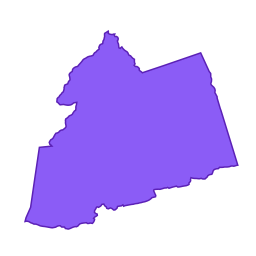 outline of Morpará, Bahia, Brazil, rotated 267°
{"feature_id": "56859067B97769813670820", "entity_name": "Morpará", "entity_type": "district", "adm_level": 2, "iso_a3": "BRA", "parent_name": "Brazil", "parent_adm1": "Bahia", "projection": "robinson", "projection_center": [-43.039, -11.751], "detail": "fine", "context": "isolated", "style": "filled", "palette": "violet", "viewbox_px": 256, "rotation_deg": 267, "n_neighbors": 0, "source": "geoboundaries", "source_scale": "gbopen_adm2", "svg_char_len": 4096}
<svg xmlns="http://www.w3.org/2000/svg" viewBox="0 0 256 256"><g transform="rotate(267 128 128)"><path d="M33.4,51.7L33.8,52.9L34.0,54.1L33.9,55.3L32.6,56.5L32.5,57.9L32.4,59.4L30.9,60.2L30.6,61.7L30.2,62.9L30.4,64.0L30.9,65.5L31.5,67.0L32.0,68.5L32.3,70.1L32.1,71.4L32.7,72.8L33.6,73.6L34.7,74.8L35.2,76.5L35.4,78.2L35.5,79.6L35.6,81.6L34.8,82.4L34.7,83.9L35.1,85.1L34.6,87.5L35.9,88.7L37.3,89.5L38.7,89.9L39.5,88.9L40.6,89.8L41.5,91.5L42.3,92.8L43.7,92.7L44.2,91.5L45.4,90.1L47.2,90.3L48.0,90.9L49.3,91.8L50.3,92.2L50.9,93.1L50.3,94.4L51.2,96.2L51.9,97.1L53.1,97.9L53.3,99.9L51.6,100.6L50.4,102.1L48.9,102.6L48.3,104.1L49.1,106.3L48.3,107.9L46.9,109.3L46.8,110.6L47.7,111.9L48.7,113.0L50.2,113.4L50.4,114.8L50.6,117.3L51.5,118.9L50.1,119.6L50.6,120.9L51.0,123.8L51.3,126.0L51.5,127.6L51.6,129.3L52.0,131.1L52.1,132.4L52.2,133.9L52.6,135.6L52.8,137.3L53.2,138.9L53.5,141.0L54.2,143.4L54.9,145.2L56.1,147.1L57.2,148.3L57.5,149.9L57.9,151.9L59.2,152.2L61.1,151.4L62.6,150.9L63.9,150.3L65.1,150.8L65.3,152.4L65.3,153.6L65.3,155.2L65.1,156.6L65.3,157.8L65.7,159.5L66.2,161.6L66.1,163.0L66.6,164.5L65.7,165.8L66.1,167.4L66.5,168.8L66.8,170.2L67.1,171.8L67.4,173.3L66.4,174.7L66.5,176.3L66.7,177.9L67.0,179.6L67.2,181.4L67.4,183.3L67.9,184.9L68.5,186.0L69.9,186.0L71.1,187.3L72.0,187.8L73.4,187.7L75.1,188.3L74.5,190.0L74.2,191.4L74.0,193.9L73.7,195.5L73.6,197.1L73.9,198.4L73.3,199.6L73.1,200.9L73.1,202.3L74.2,203.6L75.1,204.7L76.2,205.2L77.1,206.9L77.4,209.3L78.6,210.0L79.6,210.4L80.6,210.7L82.0,211.9L82.6,213.9L82.7,216.2L83.9,217.3L83.8,219.0L83.8,220.8L84.0,222.4L83.9,224.0L83.9,225.6L84.1,227.5L84.6,228.9L84.6,230.2L84.3,231.7L84.6,233.1L85.0,234.5L85.1,235.7L140.4,221.8L142.7,221.1L147.7,219.9L153.1,218.6L154.7,218.6L156.3,217.8L157.5,217.3L158.7,216.6L160.0,216.8L161.1,217.0L162.6,216.7L164.2,215.8L165.5,214.5L166.7,213.4L168.0,213.0L169.9,213.7L171.9,214.0L173.2,213.9L174.2,213.4L175.2,213.3L176.5,213.4L178.2,213.4L180.0,212.1L199.2,204.5L188.4,166.8L182.4,145.2L183.3,144.4L184.3,143.1L185.3,142.2L186.6,142.4L187.8,141.7L188.9,140.2L189.1,138.5L190.3,137.4L191.7,138.4L193.1,137.9L194.7,137.9L196.3,138.0L197.5,136.3L198.8,135.2L200.0,134.3L200.6,132.9L201.6,132.3L202.9,131.9L204.1,131.1L205.0,129.8L205.9,128.6L206.9,127.7L208.0,126.8L209.3,126.1L208.7,125.2L207.9,124.4L208.6,123.1L210.4,123.0L212.3,122.9L214.1,122.2L215.7,122.0L216.5,122.7L218.0,122.9L219.2,122.4L220.0,121.3L220.0,119.8L221.3,119.1L222.5,119.7L222.5,118.4L222.1,117.1L222.4,115.7L222.8,114.3L223.6,113.2L224.8,113.5L225.8,113.3L224.6,111.3L223.7,109.6L222.1,109.4L220.9,109.5L219.2,109.0L217.6,108.6L216.1,107.6L214.8,107.4L213.6,107.1L213.1,105.5L212.4,104.3L211.4,103.7L210.0,103.1L208.4,103.4L207.4,101.9L206.7,101.0L205.7,100.1L204.8,98.5L203.3,97.4L202.3,96.8L201.8,94.8L201.6,93.1L201.1,91.4L200.1,89.7L199.1,87.5L198.3,86.5L197.2,85.7L196.0,84.6L194.7,83.3L193.5,82.1L192.1,80.9L191.8,79.1L191.2,77.7L190.4,76.6L189.5,75.8L188.3,75.5L187.3,75.2L186.7,74.0L185.8,72.9L184.7,72.1L183.3,72.1L182.2,72.4L180.4,72.6L179.1,72.6L178.1,71.6L177.2,70.9L176.2,70.5L175.2,70.1L174.8,68.6L174.1,67.0L172.6,66.6L171.5,66.2L170.4,66.3L169.0,65.8L167.5,65.3L166.8,64.1L165.8,63.5L164.7,62.3L163.9,61.4L162.9,61.0L162.1,59.8L161.1,58.8L157.8,58.3L156.9,59.5L156.0,60.2L154.7,61.4L154.8,63.1L154.9,64.8L154.3,67.0L154.0,68.5L153.9,69.9L154.0,71.5L154.4,72.9L155.1,74.0L155.9,75.0L156.1,76.4L156.3,78.2L154.7,77.9L153.7,77.7L152.6,77.2L151.4,77.0L150.0,77.0L148.5,76.6L147.7,75.3L146.8,74.6L145.8,73.8L144.7,73.2L143.9,72.1L143.6,71.0L143.0,69.7L141.7,68.5L141.0,67.5L140.3,66.3L139.0,65.9L138.0,66.0L136.3,65.8L134.9,66.0L133.0,66.3L131.8,65.8L130.8,64.6L129.5,62.7L129.4,61.2L128.5,59.5L127.4,58.6L126.8,57.3L126.5,55.7L124.9,54.5L123.4,53.6L122.0,52.8L121.0,51.7L120.2,50.2L119.0,49.3L117.8,48.6L115.8,49.1L115.0,50.2L113.9,51.1L113.3,38.5L79.1,31.6L53.9,26.6L43.8,21.5L40.0,20.3L40.3,22.0L39.7,24.1L38.3,26.2L37.9,27.4L37.0,28.9L36.8,31.1L36.0,33.1L34.9,35.2L34.3,37.6L34.0,39.5L33.6,41.4L32.8,44.7L32.5,45.9L32.3,47.2L32.5,48.8L32.8,50.7L33.4,51.7Z" fill="#8b5cf6" stroke="#5b21b6" stroke-width="1.5"/></g></svg>